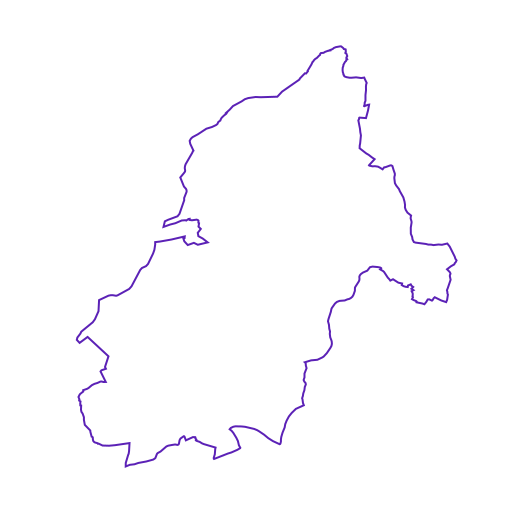 Dostat, Alba, Romania, rotated 351°
{"feature_id": "2599482B86797117327807", "entity_name": "Dostat", "entity_type": "district", "adm_level": 2, "iso_a3": "ROU", "parent_name": "Romania", "parent_adm1": "Alba", "projection": "equal_earth", "projection_center": [23.834, 45.965], "detail": "fine", "context": "isolated", "style": "outline", "palette": "violet", "viewbox_px": 512, "rotation_deg": 351, "n_neighbors": 0, "source": "geoboundaries", "source_scale": "gbopen_adm2", "svg_char_len": 6021}
<svg xmlns="http://www.w3.org/2000/svg" viewBox="0 0 512 512"><g transform="rotate(351 256 256)"><path d="M207.3,444.5L210.3,443.3L210.5,443.0L209.5,440.2L209.2,436.0L208.1,432.4L205.9,427.1L204.6,424.9L202.9,423.0L204.2,421.9L206.8,421.1L209.0,421.0L215.1,422.1L218.5,423.0L227.1,426.5L229.9,428.2L231.6,429.6L236.0,433.7L239.6,437.8L243.8,441.5L249.9,445.6L250.5,445.4L250.9,444.8L251.6,443.1L252.0,440.8L252.7,438.6L254.6,434.6L257.5,429.8L258.6,426.6L260.5,423.4L263.4,419.6L266.7,416.6L271.5,413.2L279.9,410.9L279.4,408.5L279.5,404.9L279.3,403.7L280.4,401.6L281.2,399.1L282.8,396.1L283.7,393.0L285.1,390.7L285.1,389.3L284.1,387.6L283.7,386.3L283.7,385.8L284.9,383.5L285.5,379.7L288.4,374.7L288.1,372.1L288.3,369.5L287.6,368.6L294.1,367.7L300.4,368.1L305.5,366.6L307.1,365.9L310.8,363.0L315.0,358.5L316.4,356.7L317.2,354.7L317.4,352.6L317.3,351.2L316.6,348.0L316.7,344.5L317.3,342.1L317.0,339.3L317.3,335.3L316.9,331.7L317.7,329.7L321.2,322.8L322.2,320.1L322.8,319.2L326.6,315.3L328.7,314.0L331.5,313.4L336.7,313.8L339.5,313.1L341.2,313.0L343.0,312.4L344.8,311.3L346.2,309.6L348.2,305.9L348.8,302.7L349.4,301.9L353.5,297.3L354.2,296.2L354.6,294.9L354.8,292.7L355.5,291.4L356.7,290.3L359.0,289.1L363.6,287.9L366.8,284.9L369.5,284.7L374.6,286.0L376.8,286.8L377.6,287.4L377.8,287.7L377.5,288.2L376.6,288.7L379.1,290.7L380.0,291.8L382.8,298.0L384.0,299.7L384.8,301.3L387.7,300.4L392.4,304.6L396.0,306.0L395.4,307.5L397.1,308.9L398.9,309.8L401.0,310.4L401.5,308.9L404.4,308.2L405.0,309.8L406.4,311.2L404.4,312.7L406.2,314.4L404.2,315.1L404.8,316.9L404.9,317.8L404.6,319.5L404.2,320.2L404.6,321.2L403.3,323.0L404.8,324.2L407.2,325.6L407.5,326.0L407.2,326.5L407.2,326.8L413.0,329.0L414.8,330.0L416.9,328.1L418.8,325.8L420.3,325.9L422.8,327.6L423.6,327.1L424.9,325.5L426.1,324.7L432.0,328.9L436.6,331.3L437.9,329.2L439.5,324.2L439.2,322.8L439.4,321.4L439.2,319.7L440.4,317.7L444.5,309.9L444.3,306.1L444.6,305.1L445.3,304.0L445.3,303.5L444.8,302.1L442.6,299.0L447.0,296.6L450.5,295.3L451.2,294.2L452.4,293.2L453.4,291.7L452.5,289.9L452.2,287.8L448.8,277.0L446.9,273.6L441.4,274.0L438.0,273.2L433.0,273.0L430.9,272.2L428.0,271.7L425.7,270.7L415.6,267.7L414.1,266.9L413.2,264.2L413.2,261.6L412.4,258.3L413.3,252.2L414.9,247.3L415.0,246.1L414.6,243.1L415.0,241.5L415.5,240.3L412.4,236.9L411.1,233.9L410.7,231.4L411.2,228.8L411.2,225.5L410.7,221.2L408.2,214.5L407.7,212.3L405.5,208.3L404.6,205.8L404.8,200.6L405.2,199.1L405.8,197.8L406.0,196.3L405.3,192.3L404.8,188.5L403.9,187.7L402.9,187.5L397.9,188.5L396.4,188.5L394.6,190.2L391.9,187.9L390.4,186.8L387.5,185.9L385.2,185.7L382.1,184.5L381.8,184.1L382.0,183.9L388.3,178.9L386.0,176.8L383.1,173.7L380.9,171.9L375.2,165.8L375.7,163.2L376.5,161.0L378.5,153.3L378.4,150.1L378.6,146.5L378.3,138.0L379.0,137.2L379.6,135.6L379.9,135.5L386.2,137.0L389.4,129.8L391.4,124.2L390.0,124.2L386.4,125.0L386.2,124.8L387.0,123.3L387.3,121.7L388.4,119.8L389.3,114.2L390.6,109.4L391.1,105.8L391.7,103.6L392.4,102.4L391.2,98.4L390.8,96.7L387.8,96.7L382.8,95.2L378.5,94.9L376.1,94.5L373.3,93.5L371.7,92.6L371.3,92.2L371.2,91.2L370.7,90.6L370.8,89.5L370.5,88.0L370.6,85.9L371.1,83.6L372.1,81.7L372.2,80.9L374.3,78.2L375.4,77.5L375.9,76.4L376.9,76.1L376.8,75.7L376.2,75.2L376.2,74.6L376.4,73.9L377.2,73.3L377.4,72.7L376.9,70.2L376.0,69.4L376.7,68.2L376.7,67.5L376.9,66.5L376.8,65.9L375.1,65.3L374.8,64.4L372.9,62.3L372.0,62.1L367.6,62.2L365.5,62.7L364.0,63.6L361.7,64.1L361.9,64.4L361.8,64.6L360.4,64.4L360.0,64.7L359.1,64.6L356.1,65.2L354.5,65.9L351.9,65.7L351.1,66.3L350.7,67.4L349.6,68.0L347.1,69.9L345.4,70.6L343.6,71.9L343.0,72.8L342.2,73.2L340.7,75.5L335.9,81.2L336.1,81.7L334.0,83.6L332.9,83.2L327.0,87.6L326.5,88.5L307.5,97.7L302.0,102.0L285.4,99.9L280.5,98.9L273.0,98.8L269.5,99.4L266.1,101.0L256.7,104.3L252.8,107.4L249.1,109.8L249.6,110.0L248.8,110.9L246.4,112.2L243.7,114.1L242.4,115.7L242.0,116.6L239.8,117.7L238.5,119.6L237.1,120.4L232.7,121.7L226.9,122.5L217.6,126.7L211.9,128.7L210.1,129.9L208.5,131.9L208.6,134.9L210.7,142.2L210.0,142.7L209.4,143.8L200.8,154.4L199.9,156.2L199.4,158.0L199.4,160.5L199.1,161.5L197.7,162.9L193.5,166.6L195.7,176.1L197.4,178.8L197.7,180.2L197.5,181.7L194.1,187.5L193.8,189.7L187.0,202.4L184.7,204.5L174.8,206.5L171.4,207.5L169.2,212.8L176.1,211.5L181.5,211.0L188.2,209.3L191.8,209.6L192.6,210.1L195.1,208.9L196.3,208.9L196.1,210.0L198.3,210.7L203.1,210.8L204.3,211.5L204.7,212.1L204.3,214.1L204.9,214.7L203.8,218.0L205.7,220.6L202.1,224.0L202.2,227.4L206.1,230.4L210.4,235.0L200.3,235.8L196.7,233.3L190.3,234.5L187.5,230.3L187.0,227.3L188.2,227.2L188.7,225.5L175.1,226.5L163.1,226.7L158.6,226.5L158.2,229.0L156.6,234.0L154.7,237.5L148.1,247.0L145.8,248.8L141.5,250.0L139.5,251.6L128.3,266.5L125.6,268.7L113.1,273.2L111.6,273.4L108.4,272.3L106.4,272.0L104.1,272.1L94.1,275.0L91.8,285.9L87.0,293.3L84.4,295.9L71.6,303.4L70.4,305.2L66.8,308.6L65.9,310.8L68.2,314.2L77.0,309.6L94.6,332.0L89.5,342.0L90.1,343.9L85.5,344.7L84.4,345.7L87.9,356.9L85.6,356.6L83.9,355.8L82.7,355.7L79.5,356.6L76.5,357.0L73.7,357.9L69.9,360.2L68.3,360.8L64.3,361.5L64.2,362.8L60.8,364.7L60.0,365.5L58.6,367.5L59.2,370.0L58.8,370.5L58.7,371.1L59.9,372.2L59.3,374.1L59.4,374.8L59.1,375.5L59.1,376.1L59.9,376.4L59.1,380.4L59.2,382.6L60.1,384.5L60.8,388.3L60.4,390.9L60.5,396.0L65.0,402.4L64.9,403.6L65.4,408.7L66.2,409.2L66.4,409.7L66.2,411.6L66.3,413.2L66.9,414.2L67.6,414.9L70.4,416.2L70.5,416.7L71.5,416.9L74.8,419.2L81.2,420.4L87.2,420.8L101.8,421.0L100.1,428.9L99.3,431.4L98.6,432.5L95.0,440.0L94.4,443.5L98.7,442.5L103.4,442.7L107.4,442.0L115.4,441.8L122.6,441.0L124.2,440.3L125.0,439.8L127.2,436.0L128.0,435.3L131.1,434.2L137.7,430.1L139.7,429.6L143.3,429.5L146.6,429.5L148.9,430.3L149.9,430.1L150.5,429.4L151.7,426.0L152.5,424.9L153.0,424.4L156.4,422.7L156.8,422.8L157.1,423.2L157.9,427.1L165.4,425.0L167.6,425.4L167.8,425.7L167.6,426.8L168.4,427.9L167.8,428.7L168.3,429.2L171.3,430.8L173.5,432.7L175.2,433.7L186.1,438.9L185.5,440.4L184.3,445.4L182.7,448.7L182.6,449.6L182.8,449.9L197.4,446.7L200.9,446.2L207.3,444.5Z" fill="none" stroke="#5b21b6" stroke-width="2"/></g></svg>